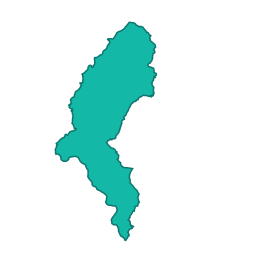 the district of Boita, Sibiu, Romania, rotated 134°
{"feature_id": "2599482B22566018215813", "entity_name": "Boita", "entity_type": "district", "adm_level": 2, "iso_a3": "ROU", "parent_name": "Romania", "parent_adm1": "Sibiu", "projection": "equal_earth", "projection_center": [24.183, 45.583], "detail": "fine", "context": "isolated", "style": "filled", "palette": "teal", "viewbox_px": 256, "rotation_deg": 134, "n_neighbors": 0, "source": "geoboundaries", "source_scale": "gbopen_adm2", "svg_char_len": 5891}
<svg xmlns="http://www.w3.org/2000/svg" viewBox="0 0 256 256"><g transform="rotate(134 128 128)"><path d="M210.7,58.4L210.0,54.9L210.4,52.9L210.8,52.4L210.5,51.6L207.6,52.1L205.3,52.8L204.9,52.4L204.1,53.3L203.9,53.3L203.4,55.0L202.9,55.4L203.0,55.8L200.1,56.5L198.7,56.1L197.4,55.3L195.8,55.7L196.0,56.1L195.2,55.8L195.7,58.0L195.8,58.2L196.2,58.2L196.1,58.8L196.0,59.1L195.4,59.7L195.2,60.2L194.5,60.6L193.6,62.4L193.9,62.8L194.2,63.8L191.7,64.3L191.7,64.5L190.8,64.5L190.8,65.0L189.6,65.5L186.7,65.8L184.5,66.7L183.4,65.7L182.9,66.0L182.1,66.9L180.8,67.3L179.3,68.4L177.4,66.9L175.6,68.0L173.4,68.4L172.8,70.4L170.8,73.0L167.8,74.2L167.7,75.4L166.7,78.2L166.7,82.2L166.2,84.5L166.2,86.3L165.9,87.9L166.1,88.5L165.2,89.1L164.2,90.1L163.9,90.7L163.2,91.4L163.1,92.3L160.6,94.3L157.6,95.7L154.0,96.5L157.6,101.6L158.5,102.4L159.8,104.3L159.6,104.5L159.6,107.0L159.3,108.1L158.1,109.1L158.3,112.2L158.0,114.0L156.9,113.5L155.3,114.9L154.4,115.3L154.1,116.2L154.0,118.3L153.0,119.5L153.7,119.8L153.2,120.0L153.3,120.4L152.7,121.9L152.6,123.0L152.9,123.4L152.8,123.7L153.0,124.3L152.9,124.6L153.8,125.8L154.0,127.1L154.0,128.5L153.8,129.9L154.0,130.5L153.2,133.6L152.6,133.4L150.9,133.7L149.9,133.0L147.8,133.0L147.7,132.7L148.0,132.1L147.8,131.5L146.3,131.4L144.7,130.0L143.9,129.9L143.1,130.5L142.6,130.7L142.1,131.3L138.2,131.4L137.1,131.7L136.0,132.5L134.9,132.6L134.3,133.4L133.4,133.5L132.5,134.2L131.3,134.5L130.5,135.2L129.6,135.4L128.7,135.9L128.3,136.5L127.7,137.1L126.8,137.4L125.6,137.4L124.4,136.7L124.1,136.7L123.7,137.1L123.3,138.5L123.0,138.8L120.5,138.4L117.9,139.5L115.5,139.9L112.4,141.3L111.4,141.2L110.4,141.9L109.2,141.9L108.4,142.3L106.7,142.0L104.9,142.1L104.4,141.8L103.7,141.0L103.3,140.9L102.0,141.4L101.3,140.7L100.5,140.5L98.5,141.3L98.0,141.3L97.2,140.6L93.6,139.6L93.3,139.3L93.1,138.7L92.6,138.0L91.5,136.9L91.1,136.3L91.1,135.4L90.0,134.4L89.4,134.3L89.6,133.0L89.1,132.9L88.4,133.6L87.9,133.8L87.8,133.6L87.8,132.5L87.3,132.4L86.9,132.5L86.6,133.0L85.4,133.1L85.4,134.0L84.4,134.1L84.3,135.0L83.5,135.4L83.1,136.1L80.7,137.7L80.8,138.7L80.3,140.5L79.6,141.2L79.4,141.9L76.8,142.9L75.8,142.9L75.6,143.4L74.8,143.6L74.1,144.3L73.8,144.3L72.7,143.6L72.6,143.9L72.9,144.9L72.7,145.1L71.8,144.5L70.3,144.3L69.4,145.1L69.2,145.7L69.6,146.3L69.7,147.1L70.0,147.8L69.9,148.3L69.6,148.5L68.7,148.9L68.1,150.0L67.5,150.5L67.3,151.1L67.4,151.7L68.0,152.7L68.2,153.4L69.5,156.0L69.3,156.8L68.7,157.6L67.3,157.9L66.1,157.2L63.1,157.7L60.7,158.8L59.7,159.9L58.1,160.9L57.5,161.6L56.9,161.6L55.6,161.1L54.9,161.2L54.5,162.1L53.8,162.8L54.0,163.6L53.9,163.9L53.4,164.2L52.6,164.1L51.9,164.4L50.7,164.3L49.5,166.1L49.3,166.8L49.3,168.0L49.5,169.1L49.4,170.1L49.6,170.7L49.6,172.6L49.3,173.1L48.0,174.6L47.9,175.1L47.6,175.4L47.1,175.7L46.3,175.5L45.7,175.8L46.1,177.5L45.8,178.8L45.5,179.4L45.6,180.4L45.8,180.7L46.3,181.0L46.3,181.4L45.9,182.1L45.6,183.4L45.6,184.7L45.2,187.0L45.3,187.5L45.2,187.7L45.9,188.6L46.1,189.0L46.0,189.5L47.3,190.1L47.9,193.1L48.3,193.5L48.3,194.1L47.9,194.9L48.2,196.5L49.7,198.7L51.1,200.5L55.7,200.0L57.0,200.1L58.9,199.6L62.8,200.4L65.5,201.8L67.4,202.1L67.8,202.0L68.3,201.6L69.6,201.5L70.3,201.2L74.3,200.5L76.6,203.3L77.3,203.9L78.2,204.4L78.5,204.2L78.4,202.3L78.7,201.1L79.5,200.3L80.0,200.2L81.3,200.2L82.4,200.0L83.8,199.6L84.9,198.9L85.9,198.6L89.5,199.1L90.7,199.0L91.5,198.3L92.7,197.8L93.4,197.8L94.7,198.7L97.2,199.0L99.3,199.6L99.6,199.7L100.1,200.6L100.6,200.8L101.7,200.2L102.2,199.2L104.6,196.8L105.8,196.1L106.8,196.3L108.3,195.5L108.7,195.6L109.2,196.0L109.1,196.5L108.6,197.4L108.8,198.4L109.7,199.1L110.4,199.3L112.0,199.0L113.5,197.7L114.5,197.6L116.2,197.8L118.3,197.7L119.9,198.0L121.0,198.5L121.4,198.3L121.3,197.6L121.7,197.0L122.8,195.9L123.4,194.8L124.7,194.0L125.7,192.9L126.5,192.5L127.0,192.0L127.5,192.2L128.1,193.1L129.1,193.7L129.3,193.3L129.3,192.2L129.5,191.6L130.1,190.9L130.5,191.1L131.4,190.7L132.9,190.3L133.7,190.4L134.7,190.1L138.3,190.9L140.5,189.8L141.5,189.5L142.1,188.8L142.8,188.4L143.5,188.5L144.6,189.2L145.5,189.1L146.5,189.2L147.2,189.1L148.1,188.5L148.5,187.4L149.5,186.5L149.8,185.6L150.3,185.7L151.5,186.4L151.8,186.3L151.9,185.7L152.2,185.6L152.4,185.7L152.6,186.4L152.8,186.4L153.2,185.2L154.0,184.5L154.1,184.0L153.6,181.9L153.0,181.5L152.8,181.1L153.6,180.4L154.3,180.8L155.1,180.8L155.2,180.4L154.8,180.0L154.7,179.6L155.7,178.8L156.5,177.8L156.9,176.4L157.4,175.9L158.4,175.5L159.4,174.5L160.5,173.8L161.6,172.8L162.2,172.1L163.5,171.6L163.6,170.2L164.6,167.7L165.5,166.5L165.2,166.0L165.3,165.5L164.5,165.0L164.5,164.6L165.9,164.5L166.9,164.8L167.9,165.6L168.9,165.6L169.7,166.6L171.1,167.1L175.1,166.5L175.5,167.0L175.6,168.1L176.1,168.6L178.3,167.6L179.5,167.5L180.0,167.7L180.8,168.3L184.5,168.7L185.7,168.4L187.3,168.5L188.6,168.9L188.9,168.9L189.1,168.7L189.3,167.8L189.1,167.2L189.6,166.9L190.6,167.0L191.6,166.1L194.1,165.3L194.8,164.3L195.0,163.9L195.7,163.2L196.3,162.9L196.9,161.5L196.2,161.3L195.6,160.9L195.2,159.3L195.2,157.8L195.2,156.9L195.5,156.2L197.0,154.5L197.2,153.4L197.1,152.4L196.4,150.9L195.9,150.3L194.8,149.5L193.7,149.0L192.3,148.9L191.7,149.0L190.4,149.7L189.2,149.6L187.8,148.3L185.5,146.8L184.8,145.9L184.1,144.5L183.9,143.4L184.4,141.4L185.1,139.4L185.2,137.4L184.8,135.5L184.2,133.9L184.2,133.1L184.3,132.6L185.7,129.9L185.9,129.2L186.0,127.5L189.5,124.1L190.6,123.4L191.0,122.9L191.5,121.2L192.1,115.6L192.4,115.3L193.3,115.0L193.9,113.4L193.9,112.6L192.8,110.3L193.0,109.1L193.6,108.1L193.6,107.6L193.3,106.0L192.5,104.5L192.2,102.0L191.7,100.7L191.4,96.8L192.2,95.4L195.2,93.3L196.7,92.7L197.2,91.7L197.5,90.3L196.8,88.0L195.6,86.7L194.4,84.5L193.4,83.7L193.1,83.1L192.9,81.8L193.0,81.2L193.7,80.3L194.2,79.2L195.7,78.2L197.3,77.7L203.2,76.9L205.3,76.4L205.8,76.1L206.7,74.6L207.6,73.7L207.9,73.0L207.7,72.5L207.6,71.1L206.4,70.0L205.8,68.8L205.7,68.0L207.3,64.5L208.7,63.3L210.7,58.4Z" fill="#14b8a6" stroke="#0f766e" stroke-width="1.5"/></g></svg>